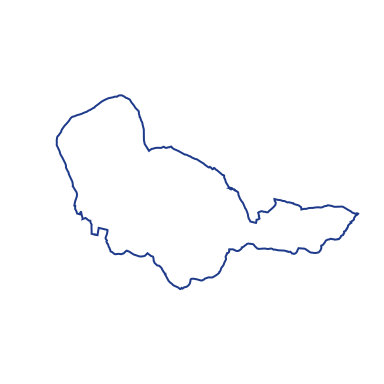 Sura Mare, Sibiu, Romania, rotated 44°
{"feature_id": "2599482B88459780268124", "entity_name": "Sura Mare", "entity_type": "district", "adm_level": 2, "iso_a3": "ROU", "parent_name": "Romania", "parent_adm1": "Sibiu", "projection": "equal_earth", "projection_center": [24.193, 45.89], "detail": "fine", "context": "isolated", "style": "outline", "palette": "blue", "viewbox_px": 384, "rotation_deg": 44, "n_neighbors": 0, "source": "geoboundaries", "source_scale": "gbopen_adm2", "svg_char_len": 5981}
<svg xmlns="http://www.w3.org/2000/svg" viewBox="0 0 384 384"><g transform="rotate(44 192 192)"><path d="M307.7,158.4L312.2,154.7L313.1,154.3L318.9,153.3L320.2,152.5L322.5,150.7L323.3,150.0L324.9,147.7L325.1,146.7L324.9,145.5L325.0,144.8L324.3,143.4L324.3,143.0L323.7,142.1L322.5,141.3L322.2,140.7L322.9,139.5L322.6,136.1L322.1,134.3L322.1,133.6L322.8,131.9L323.8,130.4L324.4,129.1L325.7,128.5L326.8,127.4L327.7,127.2L329.1,125.5L329.4,125.3L329.5,124.7L329.6,124.4L330.4,123.9L330.3,123.3L330.4,122.1L330.2,121.0L329.9,120.5L329.8,119.8L330.5,118.2L330.5,117.5L330.0,116.9L330.1,116.5L329.9,116.2L329.9,115.6L328.9,114.9L329.2,113.7L329.5,112.9L328.9,111.9L329.1,111.6L329.0,111.1L329.1,110.5L328.4,109.7L328.4,108.7L327.5,107.6L327.7,104.3L327.9,103.9L327.3,103.6L327.6,103.4L327.8,103.2L327.1,102.5L327.7,100.0L327.5,99.2L326.7,98.1L326.6,97.3L326.3,96.5L326.2,95.2L326.4,94.3L326.6,93.8L326.7,93.1L326.6,92.2L326.1,92.3L325.4,92.8L324.5,94.2L321.5,95.5L319.5,95.6L317.1,96.3L311.1,97.7L310.1,98.2L305.2,103.3L303.8,104.3L302.8,104.6L299.8,106.5L298.7,107.5L298.5,108.6L297.4,109.8L296.1,112.9L295.1,114.0L293.5,115.2L291.4,117.5L290.0,119.5L288.2,121.2L287.1,122.6L285.6,125.2L284.6,125.9L282.8,128.6L281.2,127.2L280.7,127.2L278.3,127.5L277.3,127.9L274.6,129.4L273.1,130.0L272.6,129.7L272.0,130.3L270.4,131.1L268.7,132.2L267.9,133.2L264.7,134.3L263.6,135.4L261.8,136.1L258.8,138.3L256.2,139.8L257.5,140.8L259.5,141.4L260.3,142.3L261.0,143.6L261.1,144.8L261.1,147.1L260.6,152.7L260.7,153.3L260.6,153.9L259.8,154.8L258.4,155.4L257.2,156.5L255.9,157.1L255.4,157.5L255.0,158.0L254.0,160.4L254.0,161.0L254.9,161.4L256.5,162.5L256.9,162.6L257.1,163.2L259.0,164.2L259.0,164.6L258.8,165.5L257.7,167.1L259.0,168.8L259.5,169.8L254.5,172.7L252.8,172.0L251.1,171.7L250.5,171.2L249.3,170.5L247.5,169.1L244.4,167.6L242.8,166.9L241.3,166.7L240.0,166.0L235.8,164.3L234.7,164.3L231.2,163.5L229.3,162.6L227.7,162.0L226.0,160.6L225.3,160.2L223.1,160.5L222.3,161.0L222.0,160.8L221.9,160.9L221.3,160.7L220.7,160.8L220.7,161.2L219.2,161.5L218.5,161.5L218.5,161.8L218.7,162.0L218.2,162.4L218.4,162.7L218.4,162.9L217.6,163.3L217.2,163.1L217.6,162.6L217.3,161.9L216.9,162.1L216.8,162.9L217.0,163.1L216.3,163.4L216.5,163.1L216.3,163.0L216.2,162.7L215.6,162.9L214.7,162.8L209.5,161.4L207.6,160.2L205.2,159.3L203.6,157.8L202.9,157.9L202.3,158.5L194.6,159.0L193.9,159.3L191.7,159.2L191.1,159.5L191.2,160.8L190.9,161.4L188.6,161.3L187.4,161.5L187.3,162.4L186.8,162.8L181.9,163.5L180.8,163.4L177.0,164.3L172.7,165.1L171.6,165.9L170.4,166.4L167.9,167.3L166.1,167.5L165.7,167.9L162.5,168.9L161.1,169.7L160.8,170.1L153.5,172.0L149.1,173.7L147.1,174.0L145.6,173.7L145.2,174.2L144.6,175.6L143.8,176.4L143.6,177.0L142.7,178.3L142.1,178.7L141.2,178.8L140.0,179.3L139.7,180.4L139.5,180.7L139.4,181.1L139.1,181.8L136.4,184.2L134.9,186.0L134.0,187.8L133.1,188.9L132.6,191.4L132.5,192.3L124.6,190.3L121.4,188.1L113.8,180.4L110.8,178.6L107.8,176.5L106.2,176.1L102.8,174.3L102.4,174.5L100.5,173.1L99.3,172.5L98.3,171.4L97.4,170.9L92.8,170.8L90.2,170.1L86.1,169.6L83.0,168.7L80.0,169.6L79.6,170.0L76.2,170.6L74.3,171.3L73.0,172.5L72.3,173.6L72.1,174.0L72.0,175.1L71.7,175.7L70.3,176.9L69.5,178.6L66.9,182.3L65.3,186.2L64.3,189.4L62.9,198.2L63.2,198.9L62.7,200.0L61.6,204.1L60.9,205.5L60.7,207.0L59.2,210.1L58.4,212.2L57.0,214.9L56.1,216.2L54.7,219.5L54.1,220.3L53.6,221.3L53.5,222.3L53.5,223.7L54.0,225.9L54.3,229.7L54.3,232.8L54.9,236.8L55.3,238.4L56.1,239.7L56.5,242.7L56.8,244.0L56.6,245.0L56.9,246.2L59.0,249.1L59.8,249.7L62.2,252.3L68.1,254.5L71.4,256.4L74.8,257.3L81.0,259.5L82.7,260.3L84.4,262.0L87.7,263.2L89.6,263.7L91.2,264.8L99.0,267.8L101.9,270.1L102.3,270.8L103.1,270.8L107.0,271.9L107.9,272.0L108.9,272.3L110.8,273.4L112.3,275.3L114.4,279.8L116.8,283.6L117.0,283.6L117.6,283.1L119.6,285.3L122.1,286.1L124.3,287.3L126.7,286.0L126.2,285.3L125.9,284.2L125.9,283.5L126.2,283.4L127.6,284.5L131.9,287.1L132.1,287.5L133.5,284.6L137.7,284.2L138.8,283.3L140.3,284.5L142.5,285.2L143.4,286.4L146.9,289.8L148.8,291.8L152.1,290.0L151.9,289.8L154.0,288.7L149.8,282.6L157.4,278.1L157.7,278.1L158.1,278.5L159.9,281.1L161.6,284.9L162.3,285.6L164.5,286.0L164.8,286.9L165.2,287.3L167.0,288.0L167.9,287.9L169.6,289.0L170.9,289.5L171.9,289.7L172.4,290.1L173.5,290.5L174.7,291.3L176.6,290.6L178.0,290.6L179.6,290.3L180.3,289.8L182.0,287.6L184.6,285.6L184.8,284.7L185.5,283.7L185.5,281.6L185.7,279.6L187.0,279.1L187.8,278.6L193.4,277.5L199.0,274.8L200.3,273.7L202.0,271.5L202.5,270.2L202.5,267.0L206.9,266.5L208.6,265.7L209.0,265.7L209.9,266.1L211.5,267.4L212.3,268.2L213.1,268.3L214.2,269.0L217.9,269.0L219.8,267.8L222.2,267.8L223.9,268.1L224.3,268.5L226.3,268.9L226.8,269.2L227.2,269.1L229.1,269.6L229.5,269.3L229.7,269.6L230.1,269.7L230.0,270.0L236.9,272.2L239.0,272.3L241.1,272.0L242.9,272.1L244.8,271.6L248.0,270.4L250.9,270.1L251.1,269.8L251.1,268.3L252.0,268.3L252.3,268.1L252.4,267.5L252.4,267.0L252.6,266.5L252.5,266.2L253.9,264.0L254.3,262.1L254.2,259.9L253.0,257.5L251.9,256.2L251.8,255.0L253.2,253.4L256.4,251.3L259.8,249.5L260.7,248.6L261.4,246.7L261.4,245.6L261.6,245.1L263.2,241.9L265.5,239.9L266.1,239.1L267.0,236.0L267.6,232.8L267.7,231.4L267.2,230.9L267.4,230.3L267.1,228.9L265.9,226.5L265.4,222.6L264.3,220.2L263.4,217.2L262.7,216.2L261.7,215.7L260.9,214.9L260.6,213.5L260.1,212.8L260.2,212.3L259.7,211.5L260.3,210.7L260.4,209.8L259.8,208.5L259.2,208.2L258.6,207.4L261.2,204.9L262.0,204.4L262.7,204.4L263.3,204.0L264.5,203.8L265.9,202.7L266.5,201.7L266.4,201.4L266.7,200.7L266.9,199.3L266.9,197.9L266.6,197.5L266.3,197.3L267.1,195.6L267.3,193.5L267.5,193.0L267.6,191.2L268.4,189.9L272.2,187.1L272.9,187.0L274.8,187.3L278.3,187.3L279.5,186.6L283.5,182.2L286.2,180.3L287.3,178.9L287.7,178.2L288.4,177.6L289.3,177.1L290.6,176.9L291.3,176.1L293.4,174.7L294.2,174.3L299.4,169.8L300.7,169.1L301.8,168.8L302.0,168.3L303.2,168.0L304.1,166.7L305.5,166.6L306.5,166.8L307.3,166.2L308.2,165.8L308.7,165.1L309.1,164.0L309.1,163.1L308.9,161.8L308.1,160.0L307.7,158.4Z" fill="none" stroke="#1e3a8a" stroke-width="2"/></g></svg>